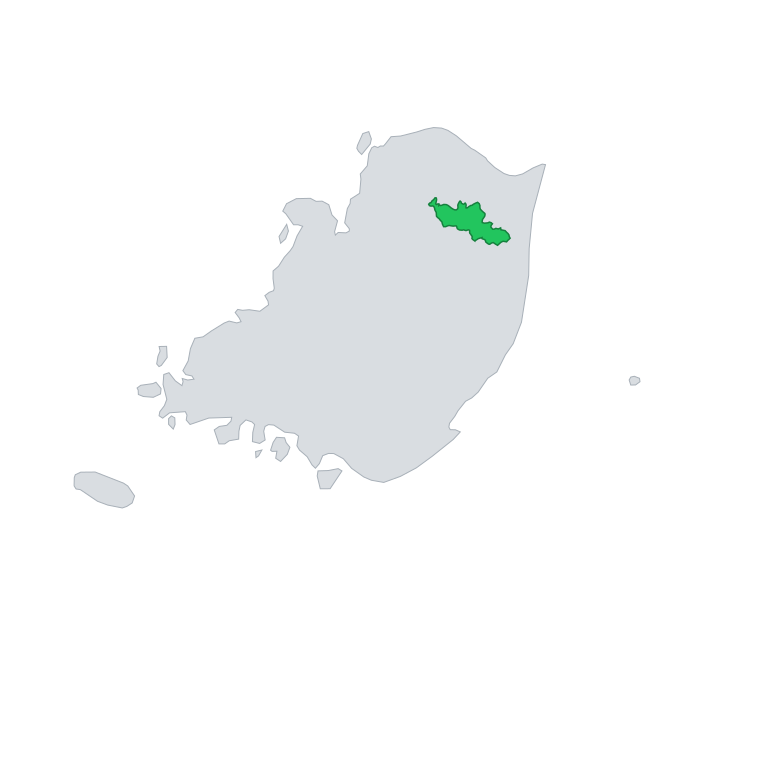 Hongcheon-gun, Gangwon, South Korea shown in context, rotated 38°
{"feature_id": "91817680B15226656503507", "entity_name": "Hongcheon-gun", "entity_type": "district", "adm_level": 2, "iso_a3": "KOR", "parent_name": "South Korea", "parent_adm1": "Gangwon", "projection": "mercator", "projection_center": [128.024, 37.738], "detail": "fine", "context": "in_parent", "style": "filled", "palette": "green", "viewbox_px": 768, "rotation_deg": 38, "n_neighbors": 0, "source": "geoboundaries", "source_scale": "gbopen_adm2", "svg_char_len": 5378}
<svg xmlns="http://www.w3.org/2000/svg" viewBox="0 0 768 768"><g transform="rotate(38 384 384)"><path d="M234.6,198.7L237.1,196.8L237.3,194.0L237.3,184.8L244.4,178.4L254.6,165.3L259.5,158.1L265.2,151.4L271.8,146.9L278.2,144.8L288.3,143.9L307.7,144.7L311.5,143.9L325.0,143.2L328.2,144.4L338.0,145.2L348.9,144.3L354.4,142.4L359.4,139.1L363.9,133.1L368.4,122.0L373.3,113.3L376.2,111.7L396.0,158.1L415.0,187.9L431.2,209.4L454.3,250.7L461.0,272.7L461.7,286.3L465.5,305.0L462.2,315.6L463.2,332.4L461.7,341.0L458.9,347.4L458.8,359.5L459.7,366.0L459.8,374.6L461.6,378.0L464.3,379.2L468.5,376.1L473.6,374.8L472.7,385.1L466.5,411.2L461.1,430.2L453.8,446.7L444.4,461.7L433.3,467.6L425.4,469.7L410.4,470.4L398.0,467.9L387.3,469.7L383.0,472.9L379.8,478.2L382.1,486.5L381.8,492.6L377.2,492.1L368.2,488.6L358.1,488.1L353.4,486.3L348.7,477.6L343.8,477.9L335.4,483.1L322.5,484.2L318.0,487.1L316.4,490.7L318.3,495.3L324.8,501.3L322.6,507.4L315.8,510.4L310.4,502.9L307.0,495.6L303.2,495.2L297.3,497.3L296.1,505.2L298.8,510.6L303.4,516.9L297.0,524.0L295.4,529.2L290.8,532.8L278.5,524.7L280.3,518.9L285.6,513.3L286.3,507.5L284.5,504.0L266.9,518.7L256.1,535.3L250.3,534.1L247.9,529.8L244.5,528.1L232.8,538.7L230.6,547.2L226.3,547.5L224.4,543.9L224.3,536.3L222.3,529.8L210.2,520.4L204.6,512.1L207.6,507.5L217.7,510.0L225.8,509.7L224.2,505.8L221.6,503.9L226.9,501.7L231.3,497.2L227.7,495.9L222.0,498.6L217.3,497.3L215.5,486.4L209.7,475.3L206.8,464.4L212.4,458.2L215.3,448.5L220.5,434.4L223.2,429.8L230.4,426.5L233.0,422.9L229.0,421.0L222.7,419.3L222.8,415.3L227.2,413.0L232.0,408.5L241.4,403.1L244.3,392.7L241.6,390.1L235.7,387.7L237.1,382.4L239.5,378.5L238.6,376.1L231.7,369.3L227.0,363.2L228.4,356.1L227.4,345.5L228.0,336.6L227.7,331.7L224.3,320.8L222.8,309.8L218.3,311.4L214.7,314.2L201.9,310.3L197.8,310.1L196.2,301.9L200.8,291.9L211.7,283.0L218.0,281.9L222.7,278.0L230.1,276.7L238.9,282.8L246.9,284.0L251.3,294.4L254.0,296.6L254.6,292.8L261.0,288.3L262.5,284.9L261.1,283.0L253.8,281.2L247.1,268.3L246.2,262.6L243.8,259.0L247.4,248.7L239.7,236.8L236.0,233.1L236.5,222.4L232.5,215.6L230.3,211.9L228.9,205.4L230.1,202.5L233.6,201.4L234.6,198.7ZM209.7,654.2L206.0,656.3L202.6,655.1L201.7,654.0L197.6,648.5L196.6,645.6L199.3,640.2L210.6,631.2L239.7,622.5L244.9,622.1L256.4,625.8L258.8,632.8L256.7,638.8L254.1,642.8L240.8,649.5L230.4,652.8L209.7,654.2ZM406.0,499.7L398.3,505.8L388.0,497.6L385.5,493.1L393.4,486.5L400.0,478.9L404.4,478.4L406.0,499.7ZM351.1,499.0L350.2,508.7L344.4,509.2L341.0,502.9L337.3,506.0L335.4,506.0L332.6,498.3L332.1,492.2L338.8,487.6L342.9,490.4L348.8,491.8L351.1,499.0ZM202.1,542.0L196.9,543.5L194.0,540.1L191.9,539.2L193.1,534.8L201.6,526.0L203.2,523.0L211.1,524.8L214.0,529.4L210.4,536.5L202.1,542.0ZM225.4,203.4L225.1,216.9L220.6,216.3L217.5,215.0L216.2,212.3L213.1,199.7L216.6,194.5L223.2,198.7L225.4,203.4ZM197.1,506.4L196.0,508.8L192.5,508.1L188.8,501.3L187.3,495.9L183.7,492.9L189.5,488.2L196.8,496.6L197.1,506.4ZM217.1,330.2L215.9,336.8L210.5,332.4L209.0,318.1L214.5,322.3L217.1,330.2ZM582.8,229.9L579.1,232.9L574.7,229.9L574.2,226.6L576.5,223.8L581.8,222.2L584.3,224.6L582.8,229.9ZM244.3,544.6L245.7,549.3L239.1,548.4L235.6,543.9L236.1,540.0L240.0,539.5L244.3,544.6ZM329.4,517.9L328.5,520.9L324.4,516.3L328.4,511.2L329.4,517.9Z" fill="#d9dde1" stroke="#a8b0b8" stroke-width="1"/><path d="M385.0,188.6L381.2,190.5L379.8,189.2L378.6,191.5L376.3,192.5L375.6,194.0L374.4,195.1L371.5,194.5L370.8,193.0L370.8,192.7L370.8,191.0L369.1,190.9L367.3,191.6L366.7,193.0L365.1,194.5L364.2,195.4L362.1,196.3L361.5,195.8L360.3,193.7L360.3,192.7L360.1,189.9L359.4,188.4L358.5,187.5L355.9,187.4L354.0,187.2L352.2,186.9L351.3,186.2L350.5,185.4L349.9,184.5L348.1,183.3L345.9,183.2L344.8,185.1L344.1,186.6L343.7,187.5L343.4,189.0L342.5,189.8L341.7,191.8L341.5,192.8L341.1,194.0L340.3,194.7L339.4,193.9L338.9,192.9L337.9,191.8L336.5,191.5L336.5,192.3L336.0,193.4L334.3,193.8L333.7,193.9L332.7,193.1L331.3,193.0L331.2,193.9L331.4,195.1L331.7,196.7L332.1,197.7L333.7,199.4L334.2,200.9L333.7,202.4L332.3,203.3L330.6,203.7L328.3,203.9L326.4,203.8L324.1,203.9L322.4,204.4L320.5,205.8L319.5,207.6L318.6,208.6L317.6,208.7L317.3,209.6L316.4,208.3L315.6,208.9L314.8,210.3L313.8,210.2L312.8,208.0L312.0,206.4L310.7,205.2L309.6,205.8L309.6,208.2L309.4,209.0L309.1,209.8L309.2,210.7L309.3,211.8L309.3,212.4L308.7,213.0L308.5,214.8L310.0,215.5L310.4,215.3L311.1,215.1L312.2,214.3L312.8,213.6L314.0,213.5L315.6,214.3L316.4,215.1L317.5,215.8L318.8,216.3L319.7,216.8L320.4,217.6L321.1,218.4L322.1,219.5L323.7,219.8L325.8,219.8L326.7,220.1L328.0,220.4L329.1,220.5L330.0,220.7L331.5,222.0L334.1,223.3L335.7,222.1L336.6,220.5L337.1,219.7L338.0,218.8L339.4,218.1L341.3,217.0L341.9,216.4L342.6,215.8L343.4,215.0L344.2,215.1L345.7,216.2L346.4,216.5L348.6,216.2L350.9,214.7L351.9,213.4L353.3,213.0L354.2,212.6L354.9,211.5L355.5,210.6L356.8,210.2L357.4,210.8L358.2,211.9L358.9,212.4L360.1,212.6L361.3,213.1L362.6,213.4L363.1,214.0L363.6,215.1L364.6,215.5L367.6,215.4L367.5,215.2L368.0,213.8L368.8,211.4L370.4,209.2L371.1,208.2L371.7,209.1L372.3,209.0L373.8,208.4L375.4,208.3L376.6,209.4L378.5,209.5L380.2,209.4L381.3,208.8L381.9,206.8L383.0,205.3L385.8,205.1L388.1,204.8L388.9,200.3L389.6,198.8L390.1,198.1L393.1,196.5L393.1,195.4L393.2,194.2L393.4,193.4L393.6,191.4L392.9,191.2L391.7,190.5L390.7,189.6L389.0,189.1L387.4,189.0L386.2,188.8L385.0,188.6Z" fill="#22c55e" stroke="#15803d" stroke-width="1.5"/></g></svg>